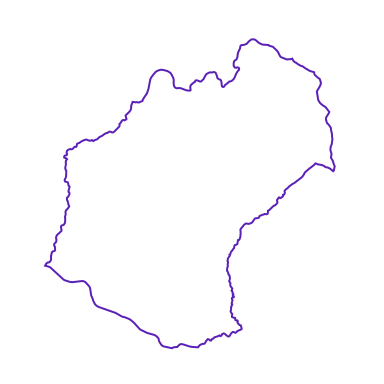 Rivera, Huila, Colombia, rotated 275°
{"feature_id": "7082276B82824229693572", "entity_name": "Rivera", "entity_type": "district", "adm_level": 2, "iso_a3": "COL", "parent_name": "Colombia", "parent_adm1": "Huila", "projection": "orthographic", "projection_center": [-75.265, 2.78], "detail": "fine", "context": "isolated", "style": "outline", "palette": "violet", "viewbox_px": 384, "rotation_deg": 275, "n_neighbors": 0, "source": "geoboundaries", "source_scale": "gbopen_adm2", "svg_char_len": 5934}
<svg xmlns="http://www.w3.org/2000/svg" viewBox="0 0 384 384"><g transform="rotate(275 192 192)"><path d="M105.8,52.1L105.2,55.5L104.4,57.6L93.6,71.6L93.0,72.9L91.7,78.7L91.8,81.0L93.7,90.1L93.7,91.7L92.9,93.7L88.8,98.1L87.2,98.9L80.2,100.6L77.9,101.9L74.6,103.3L71.6,105.3L70.3,106.9L69.3,109.1L64.9,126.4L61.8,133.1L61.4,135.7L60.4,139.2L59.4,141.8L56.5,145.8L51.0,151.7L50.3,152.8L47.7,159.6L46.3,167.0L45.3,169.1L43.7,171.0L43.0,171.5L41.3,171.9L40.0,172.5L37.0,174.8L35.8,176.7L34.6,185.7L35.6,186.9L36.2,189.6L36.3,190.7L38.5,192.6L39.3,193.5L39.6,194.8L39.3,197.1L37.9,203.0L37.7,206.0L37.8,211.6L39.7,212.7L40.6,213.7L41.5,215.5L42.0,217.8L45.0,219.2L46.8,220.5L46.6,221.7L45.6,223.2L45.7,224.0L46.8,224.3L48.2,226.3L49.2,227.0L50.4,230.0L51.5,231.8L50.9,232.7L50.9,233.1L51.7,234.0L52.8,234.1L53.9,235.8L53.6,237.0L52.5,238.3L51.2,240.5L51.3,241.4L52.2,242.2L54.6,243.3L56.1,244.8L56.1,245.8L55.6,247.2L55.6,247.8L57.5,249.5L59.6,253.3L60.4,253.4L63.4,252.2L63.6,250.9L64.3,250.3L65.0,249.3L66.4,248.6L67.3,248.9L67.7,248.7L68.1,248.1L67.9,247.6L68.1,246.5L69.7,245.9L70.2,246.0L70.4,245.8L70.4,244.6L70.9,242.8L72.3,242.5L73.8,242.8L75.7,241.2L76.4,240.8L78.0,241.2L80.9,240.9L82.0,241.6L83.0,241.4L83.7,241.9L84.3,241.4L84.8,241.2L87.7,241.8L88.7,241.1L89.4,241.0L90.1,241.2L90.8,242.7L91.2,242.9L91.6,242.7L91.9,241.8L93.0,241.6L93.4,242.1L93.9,242.1L94.5,241.3L96.2,241.1L97.1,240.0L97.9,240.4L98.7,240.3L99.4,240.5L101.5,238.6L103.1,238.1L104.3,238.3L106.4,236.8L108.6,237.3L109.5,237.3L111.9,236.7L112.4,236.4L113.0,235.6L115.2,234.9L116.4,233.9L117.8,233.7L119.3,233.7L121.4,234.2L123.2,233.8L125.2,234.1L126.5,233.3L127.7,233.6L128.8,233.5L131.8,235.2L132.8,234.8L133.2,235.5L135.6,236.0L137.6,237.4L139.2,238.2L140.0,238.9L141.5,238.8L142.7,239.2L143.0,239.5L143.3,240.7L144.1,241.7L148.1,242.0L148.4,243.1L149.7,243.7L152.0,244.1L156.0,244.0L158.6,243.5L159.5,243.8L163.9,246.8L165.1,248.1L165.3,248.8L165.2,251.4L165.9,253.1L166.9,254.6L170.9,256.9L171.3,257.4L171.6,259.2L172.2,260.8L173.9,261.4L174.3,261.8L174.7,262.9L175.4,263.9L175.8,265.4L176.4,266.1L176.3,268.1L176.9,269.2L177.4,269.4L180.0,269.3L180.6,270.4L185.4,274.6L186.0,276.0L188.1,277.7L188.8,278.0L189.4,278.0L191.3,277.3L193.9,278.9L194.1,279.0L194.2,279.6L193.6,280.3L193.7,280.9L195.6,283.0L197.1,282.9L197.6,284.1L199.3,284.6L201.0,284.1L202.4,284.9L204.5,287.2L205.6,287.9L208.3,290.8L210.0,293.3L216.0,299.8L216.9,300.6L218.7,301.7L221.4,302.8L225.5,306.8L229.5,311.2L231.2,312.4L231.3,312.8L230.6,314.5L230.2,318.7L230.0,319.6L229.4,321.4L228.7,322.3L228.3,323.6L228.2,325.2L227.2,327.7L225.0,330.8L225.6,331.4L230.0,331.9L232.6,330.6L235.6,329.4L238.3,327.4L242.0,327.7L245.9,326.2L249.0,326.2L251.7,327.0L256.8,327.3L258.9,326.8L262.2,326.3L266.3,325.0L267.9,324.8L270.7,322.6L272.6,320.4L275.9,319.1L278.2,319.2L282.2,321.3L283.7,321.8L288.2,317.7L289.8,314.6L291.7,311.9L294.7,309.7L303.1,307.6L308.1,310.0L311.1,311.0L313.2,310.5L315.8,309.3L317.1,307.1L319.4,304.1L320.4,303.5L322.0,303.2L322.8,299.0L325.2,293.9L326.9,291.2L327.0,289.9L328.3,286.9L329.9,284.3L330.2,283.2L331.2,281.9L332.5,280.8L333.6,280.3L333.0,278.8L332.3,275.0L334.1,268.9L335.1,267.8L339.2,265.3L340.8,263.6L343.7,259.9L344.5,255.9L345.1,255.5L345.0,249.7L345.4,248.0L346.5,245.4L348.6,242.6L349.4,241.1L349.4,239.0L349.1,237.8L347.0,235.5L344.4,233.6L343.0,230.7L342.7,228.8L342.4,228.1L341.6,227.5L339.1,227.3L335.1,225.8L332.9,225.5L330.8,225.5L329.0,225.1L327.9,224.7L326.8,223.3L325.8,222.5L324.3,222.3L321.4,222.5L319.8,223.7L319.5,224.9L320.0,226.0L320.1,227.2L319.7,227.8L318.9,228.2L317.9,228.2L317.0,227.4L314.2,225.9L309.1,224.2L307.8,223.4L306.1,221.8L305.4,220.3L305.2,219.3L303.8,218.2L301.3,215.5L299.9,214.9L299.4,214.3L299.3,213.7L299.9,212.6L304.6,211.6L305.6,211.2L306.3,210.6L306.6,209.2L307.1,208.2L308.0,207.2L309.2,207.0L312.4,205.4L312.9,205.1L313.3,204.1L313.4,203.2L312.7,201.0L312.8,200.1L312.6,199.0L310.9,196.2L308.6,194.9L305.5,193.7L302.9,191.4L302.7,190.4L303.6,187.7L303.6,186.2L303.3,185.7L301.9,185.3L301.1,184.1L299.5,182.5L298.1,181.4L296.6,181.1L293.4,181.7L292.9,181.3L292.7,180.0L292.8,177.5L294.4,171.9L294.4,169.5L294.0,168.0L294.1,167.1L294.7,166.0L295.6,165.1L297.0,164.6L298.1,164.3L302.2,164.0L303.5,163.6L306.7,161.8L308.7,160.2L309.4,159.0L310.3,157.0L310.9,154.0L311.2,151.1L310.6,148.9L309.5,146.6L308.2,145.1L305.0,142.9L303.3,141.8L300.9,140.7L290.7,139.6L286.3,138.5L282.0,136.1L279.8,135.0L278.3,134.7L277.5,133.0L276.5,131.3L276.7,128.6L276.4,128.0L276.6,125.0L272.5,123.9L269.5,124.1L267.6,123.4L266.6,122.7L262.5,119.2L260.9,119.6L259.3,120.3L258.7,120.3L257.5,118.5L257.8,117.3L257.0,116.0L254.4,114.7L253.5,113.8L251.9,114.1L251.0,113.9L245.7,109.6L244.6,108.4L244.3,107.3L245.0,105.5L244.9,104.3L243.4,102.4L243.3,101.6L242.2,99.9L240.1,97.5L238.7,95.1L236.3,93.0L235.2,90.5L234.1,89.2L235.0,87.8L234.6,87.3L234.2,86.0L234.3,84.8L235.0,82.4L234.7,80.9L233.2,78.1L232.4,77.0L231.1,75.5L230.4,73.9L229.9,73.3L227.3,73.0L226.8,72.5L226.9,71.5L226.4,70.8L224.5,69.3L224.1,68.5L224.0,67.6L224.2,66.7L223.1,64.8L222.0,63.8L220.1,63.7L218.5,64.3L217.8,63.8L217.0,61.9L215.7,61.5L215.1,61.8L214.3,64.3L213.8,64.7L212.3,63.7L211.0,63.6L208.6,64.0L205.0,63.6L203.2,64.1L202.3,64.9L196.5,65.2L195.1,64.9L193.4,64.2L192.5,64.1L191.4,64.6L191.1,66.3L190.8,67.3L190.4,67.7L187.5,68.5L186.6,69.6L182.3,68.9L181.3,69.0L180.7,69.8L180.3,70.0L179.2,70.1L176.5,69.1L175.3,67.9L173.1,68.2L172.4,68.8L171.0,69.2L169.8,69.8L168.8,69.9L167.0,70.9L165.1,70.0L162.7,68.1L161.5,67.7L158.6,68.1L155.9,67.6L155.2,67.9L152.0,68.2L150.2,68.1L148.4,67.3L147.9,66.7L147.3,65.1L146.2,64.5L144.0,64.9L142.7,65.4L141.8,65.3L137.0,61.0L134.4,60.5L132.8,61.1L131.0,61.1L129.7,60.6L129.0,59.8L128.0,59.2L127.3,59.2L126.0,59.7L125.5,60.2L122.4,60.7L121.6,60.5L121.1,59.7L120.8,58.7L119.8,57.7L115.5,57.1L112.8,57.5L111.0,57.1L109.6,56.0L109.3,55.4L109.3,54.6L108.0,53.1L105.8,52.1Z" fill="none" stroke="#5b21b6" stroke-width="2"/></g></svg>